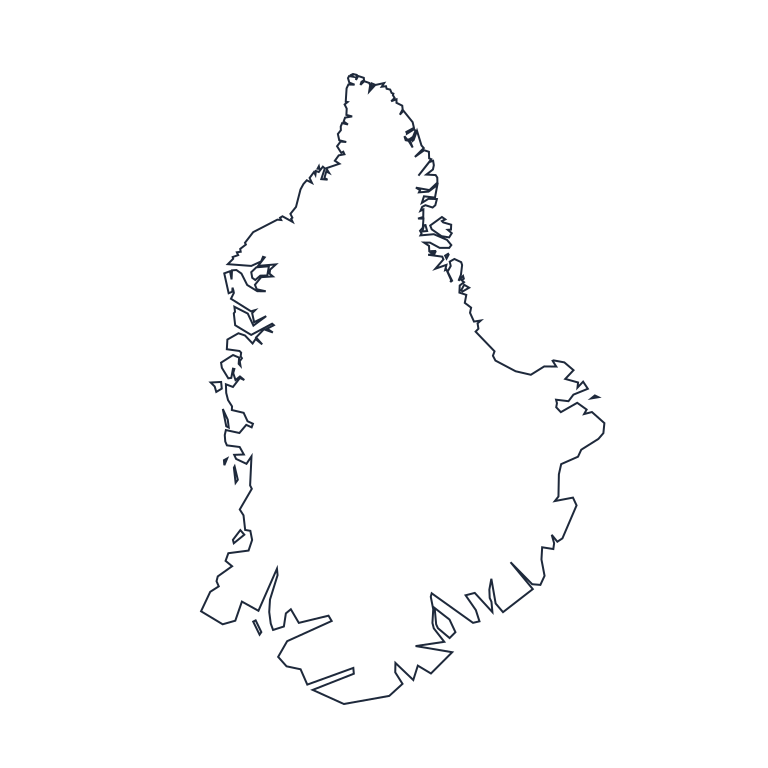 the border of Greenland, rotated 172°
{"feature_id": "GRL", "entity_name": "Greenland", "entity_type": "country or territory", "adm_level": 0, "iso_a3": "GRL", "parent_name": "North America", "parent_adm1": "", "projection": "mercator", "projection_center": [-41.68, 71.708], "detail": "fine", "context": "isolated", "style": "outline", "palette": "slate", "viewbox_px": 768, "rotation_deg": 172, "n_neighbors": 0, "source": "natural_earth", "source_scale": "50m", "svg_char_len": 6173}
<svg xmlns="http://www.w3.org/2000/svg" viewBox="0 0 768 768"><g transform="rotate(172 384 384)"><path d="M468.3,72.7L497.2,91.0L454.2,101.3L453.9,107.1L501.8,97.0L506.3,113.1L519.8,118.0L526.8,128.5L515.7,142.8L468.8,156.6L471.2,162.3L501.6,159.3L507.6,173.9L513.1,170.5L516.9,157.8L528.1,155.9L529.5,162.6L529.4,174.2L526.9,186.4L516.0,209.5L515.7,216.0L539.9,176.9L555.0,188.3L564.2,170.3L577.2,168.5L596.8,184.4L585.0,202.4L575.8,206.6L577.3,212.0L575.4,216.6L559.8,224.7L565.5,230.9L561.7,238.1L541.3,237.9L536.3,247.9L536.8,257.2L541.8,258.8L541.4,273.5L544.3,279.8L529.5,298.6L530.7,302.2L525.3,330.8L531.3,324.1L540.9,330.4L542.2,334.7L532.6,333.7L535.7,341.7L548.1,345.1L549.2,349.1L548.8,355.6L547.0,360.4L534.0,355.6L526.1,362.7L521.1,359.5L519.3,362.9L524.3,366.1L527.0,375.0L538.3,379.4L537.6,383.0L540.7,389.8L541.5,397.1L540.6,405.7L534.0,402.1L525.9,410.0L521.8,407.4L525.6,411.5L530.5,408.6L531.8,415.8L530.1,419.7L531.4,420.2L534.4,411.3L537.4,411.3L542.3,422.6L542.4,427.8L529.5,433.7L523.8,430.3L525.1,424.2L523.6,422.0L523.7,426.6L521.1,429.3L522.1,431.3L521.1,434.9L522.5,436.8L534.8,440.3L532.9,449.8L521.1,454.5L514.9,451.4L508.5,442.4L504.9,446.4L499.1,440.2L504.2,447.9L495.3,454.9L486.9,450.5L492.0,455.0L484.9,457.6L486.4,459.3L508.7,451.1L523.2,462.9L522.9,474.9L521.5,476.2L521.4,481.3L509.1,472.7L505.2,460.0L491.2,467.6L504.0,463.3L504.7,472.5L501.3,475.1L505.6,474.5L523.7,489.7L520.0,495.1L520.1,497.6L520.6,500.5L521.4,496.5L525.2,495.5L526.8,515.8L520.8,517.1L520.4,508.8L518.7,517.7L514.3,517.4L509.8,513.2L505.7,501.1L496.5,493.5L488.2,492.3L496.8,495.5L498.0,500.2L490.8,506.9L479.1,506.0L482.0,509.2L480.9,513.1L474.4,517.5L492.2,518.5L484.5,526.0L486.1,526.8L488.6,522.5L499.0,519.4L522.0,524.4L515.9,529.0L516.2,530.8L510.5,531.9L511.4,534.9L507.5,534.9L507.6,537.8L501.4,541.3L502.0,543.2L492.4,552.6L466.7,561.6L463.0,560.7L463.8,563.1L461.2,564.2L451.9,557.2L452.9,560.5L451.6,561.4L453.0,565.5L446.5,571.6L439.6,588.3L435.9,593.3L432.1,596.5L427.4,593.2L429.0,598.4L423.8,603.7L422.8,600.7L421.8,604.4L419.1,603.0L414.3,607.7L412.6,605.7L417.6,595.6L411.5,594.2L414.3,596.3L411.6,602.5L409.0,600.7L411.2,605.7L397.5,608.3L401.6,611.9L397.0,616.7L391.2,617.0L392.0,619.7L394.2,618.9L397.4,626.0L393.3,630.1L387.7,628.9L394.4,631.6L394.9,638.0L391.4,641.3L391.0,645.0L389.1,648.2L383.6,646.0L387.4,649.6L385.5,653.2L378.3,653.4L383.8,655.7L382.6,661.9L384.1,666.3L380.8,668.3L382.6,668.9L379.9,682.0L377.6,685.5L371.5,684.5L376.4,687.3L377.1,691.9L375.7,693.8L371.3,692.4L373.4,694.7L371.6,695.3L368.1,693.9L369.4,689.0L366.7,692.6L361.4,690.0L361.5,687.6L364.2,686.4L365.7,683.5L361.4,686.6L356.8,684.2L356.1,681.9L358.0,675.6L351.1,681.3L342.0,682.0L344.9,678.7L340.6,678.6L340.3,676.0L336.9,674.7L336.0,671.2L334.3,670.2L335.0,668.8L333.7,665.8L337.5,663.0L332.0,664.2L332.5,660.7L327.2,657.1L327.3,653.4L330.8,648.5L326.7,651.9L319.2,639.3L318.7,633.5L327.6,630.2L326.0,630.3L326.4,628.7L318.7,632.1L317.6,630.4L320.9,624.7L324.7,622.8L326.9,622.7L329.3,626.5L328.6,622.4L325.8,621.4L322.7,614.2L324.4,620.8L320.9,623.6L321.5,621.0L320.7,621.5L316.1,630.2L313.7,615.0L311.8,612.1L321.8,604.6L311.7,609.9L307.2,607.7L307.9,601.2L305.9,600.0L320.9,585.5L308.4,597.4L304.3,598.2L304.2,593.7L305.7,589.6L312.9,585.5L303.8,583.7L302.5,581.0L303.1,576.0L312.0,569.7L325.1,574.0L321.3,571.0L322.7,568.9L313.1,568.3L303.5,573.6L307.6,561.5L318.3,564.3L321.3,558.1L314.2,561.2L305.9,559.8L308.3,553.9L311.3,552.0L318.1,555.3L321.5,554.1L323.8,550.4L320.7,551.4L321.9,543.9L327.3,543.1L321.9,542.3L323.8,533.4L327.0,530.7L325.9,527.9L327.2,526.1L313.8,525.4L301.6,518.0L298.0,512.2L300.5,509.7L310.0,511.1L318.8,517.6L324.7,518.5L320.2,514.5L320.7,509.0L317.1,505.6L322.3,505.8L308.6,502.0L307.8,499.1L317.1,491.0L305.6,493.3L307.6,488.3L306.3,488.7L303.0,477.4L304.1,475.8L302.2,476.8L305.4,486.4L301.5,491.6L301.9,496.0L296.9,498.0L290.6,493.9L290.1,490.9L292.6,481.5L295.8,475.9L290.7,480.0L290.3,477.2L292.7,476.0L290.6,473.7L295.3,471.0L296.6,464.0L290.1,460.8L292.7,453.1L287.1,447.5L288.9,442.5L286.2,433.3L279.3,433.4L282.9,431.0L282.8,425.6L286.0,423.1L270.0,401.0L272.2,396.8L270.4,391.7L251.9,378.3L237.3,372.7L222.9,379.1L211.0,377.3L213.8,383.5L212.8,383.8L202.4,380.3L194.4,371.3L203.8,363.8L191.6,358.5L192.9,353.5L186.5,358.6L182.8,350.9L197.9,347.1L203.7,341.3L215.8,344.5L215.4,340.9L216.7,337.0L212.8,331.5L195.3,338.5L186.9,330.5L190.0,326.4L182.0,327.3L171.2,314.6L173.6,304.8L179.3,299.8L197.8,291.5L202.0,285.0L219.7,280.0L223.4,270.2L226.9,248.3L231.1,244.3L212.7,245.2L210.2,237.0L228.8,206.3L234.3,203.7L238.9,211.3L237.7,202.6L239.3,197.0L250.1,200.3L252.5,188.3L251.7,171.7L257.1,163.3L265.1,165.1L283.5,189.9L265.2,160.2L297.9,141.5L304.0,151.1L304.8,176.2L308.3,165.7L309.1,157.4L307.9,153.4L308.4,143.0L323.2,164.5L332.6,163.4L324.5,147.3L322.5,135.7L329.1,135.1L365.9,170.1L367.3,166.8L366.6,154.1L369.3,140.6L368.7,135.1L360.2,120.3L389.2,120.1L353.8,108.9L377.8,90.8L389.7,100.4L396.2,86.8L411.5,106.2L413.0,96.9L407.4,84.5L422.2,74.4L468.3,72.7ZM306.5,522.4L315.2,530.5L316.2,534.5L303.4,541.3L300.4,538.5L304.0,537.3L302.9,535.8L295.3,532.4L296.2,527.6L299.4,527.8L295.9,523.9L299.1,520.1L306.5,522.4ZM499.7,507.5L499.9,513.2L494.2,517.3L481.6,516.6L484.5,507.7L491.4,508.5L497.0,504.9L499.7,507.5ZM365.0,155.1L351.9,141.6L347.8,128.3L354.4,123.3L364.6,134.7L365.8,138.8L365.0,155.1ZM555.3,250.7L546.6,259.3L543.3,254.2L554.9,247.2L555.3,250.7ZM551.2,399.5L552.0,405.1L555.4,409.6L545.0,408.7L545.3,402.0L551.2,399.5ZM547.1,381.7L543.7,370.4L543.8,362.5L546.1,364.1L547.1,381.7ZM294.6,465.9L290.8,471.1L286.3,467.5L293.3,464.7L294.6,465.9ZM546.6,166.9L544.0,167.8L540.0,155.4L542.1,153.1L546.6,166.9ZM322.4,535.6L320.8,535.6L320.0,529.5L324.7,529.7L322.4,535.6ZM544.3,322.0L543.4,323.2L542.1,309.5L544.7,306.8L544.3,322.0ZM180.8,340.9L176.8,343.3L173.5,341.1L180.8,340.9ZM305.6,502.6L302.4,504.0L302.0,503.1L304.6,499.5L305.6,502.6ZM553.1,330.8L549.7,332.1L553.4,325.8L553.1,330.8ZM355.7,679.5L354.5,683.5L351.6,681.8L355.7,679.5ZM317.8,508.9L314.7,508.6L314.5,507.9L315.7,506.3L317.8,508.9ZM419.8,606.5L418.2,608.7L418.0,606.0L419.8,606.5Z" fill="none" stroke="#1e293b" stroke-width="2"/></g></svg>